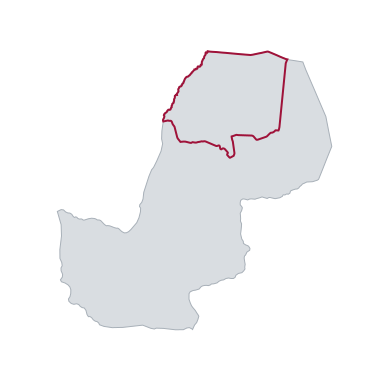 Paraguay, with Boquerón highlighted, rotated 79°
{"feature_id": "PRY-598", "entity_name": "Boquerón", "entity_type": "Department", "adm_level": 1, "iso_a3": "PRY", "parent_name": "Paraguay", "parent_adm1": "", "projection": "albers", "projection_center": [-61.074, -21.97], "detail": "fine", "context": "in_parent", "style": "outline", "palette": "rose", "viewbox_px": 384, "rotation_deg": 79, "n_neighbors": 0, "source": "natural_earth", "source_scale": "10m", "svg_char_len": 6694}
<svg xmlns="http://www.w3.org/2000/svg" viewBox="0 0 384 384"><g transform="rotate(79 192 192)"><path d="M204.1,77.5L204.8,80.0L205.2,82.0L206.3,83.4L207.3,85.3L208.4,86.4L209.1,88.1L208.9,90.1L209.2,92.6L209.7,94.9L210.3,95.4L211.8,96.1L212.6,98.1L212.0,99.1L212.2,100.2L212.7,101.4L212.2,102.5L212.4,103.3L213.5,104.1L214.4,106.9L214.4,111.7L213.3,114.2L212.3,116.3L212.1,117.6L212.7,119.4L211.6,121.6L210.2,124.2L210.5,126.1L210.7,127.9L210.8,129.7L211.1,131.5L210.6,133.3L210.1,134.9L209.9,136.8L210.4,138.9L209.4,140.8L208.8,142.2L208.5,143.6L209.5,145.8L211.9,146.8L213.9,147.1L215.7,146.0L217.1,145.6L219.7,146.8L222.0,148.7L225.0,149.0L227.7,149.4L229.7,150.0L232.7,149.4L235.8,150.2L239.4,151.3L242.4,152.3L245.4,152.2L247.7,152.1L250.1,151.1L252.3,151.3L254.1,149.5L255.1,147.9L256.0,146.8L258.5,145.9L260.2,146.5L261.5,149.6L264.0,151.4L264.9,152.7L266.7,153.4L270.6,153.6L273.1,153.6L275.9,154.6L277.7,154.7L279.3,156.3L280.7,158.4L280.8,162.0L282.1,164.8L283.9,165.9L284.8,167.7L284.4,170.1L283.4,172.5L283.4,175.2L284.3,177.7L284.2,180.1L284.8,182.6L286.0,184.7L286.3,188.1L286.0,190.5L286.8,191.9L287.0,193.9L286.4,195.5L286.1,197.7L286.2,199.7L286.8,201.3L288.6,203.5L289.0,207.2L288.9,209.8L289.6,212.8L291.2,214.3L293.7,214.8L296.7,215.4L300.3,214.9L303.5,214.2L305.3,213.4L308.9,211.4L312.1,210.2L313.7,209.5L315.2,209.0L318.2,210.5L321.0,212.3L323.1,214.9L327.1,217.7L326.3,218.3L324.6,220.5L324.5,223.0L325.5,226.7L324.1,234.5L320.4,246.2L318.8,253.1L319.3,255.1L317.9,258.5L313.3,265.8L312.9,270.8L311.7,285.8L309.9,296.3L307.1,304.1L304.7,308.1L302.7,308.6L301.2,309.8L300.3,311.7L298.6,313.3L296.2,314.5L294.8,315.9L294.6,317.5L292.3,318.4L287.9,318.7L285.3,319.9L284.5,321.9L283.0,323.5L280.8,324.7L279.7,326.6L279.7,329.4L278.4,331.8L275.8,333.7L273.5,333.7L271.4,331.7L268.5,330.4L264.9,329.6L261.9,330.0L259.4,331.5L257.1,334.0L255.2,337.3L253.1,337.9L250.8,335.5L248.0,334.7L244.4,335.5L241.6,335.1L239.6,333.5L236.4,333.3L232.0,334.3L223.3,332.7L210.3,328.5L199.1,326.7L185.4,327.9L184.3,323.8L185.1,321.5L187.4,319.9L188.8,318.0L189.4,315.9L190.9,314.3L193.5,313.2L194.6,312.1L194.2,310.9L194.8,309.9L196.2,309.1L197.1,307.7L197.3,305.8L197.9,304.9L198.8,304.2L199.0,302.9L198.5,298.8L198.6,295.5L199.4,292.9L200.2,291.4L200.8,291.0L201.4,290.1L201.7,288.5L202.6,287.1L207.1,284.2L208.8,282.6L208.9,281.1L209.6,279.1L212.3,274.8L213.2,272.8L213.3,271.8L214.2,270.8L217.4,268.5L219.2,266.3L219.5,264.1L218.8,261.7L217.1,259.0L211.6,252.1L207.2,249.0L201.7,246.4L198.0,245.5L196.2,246.3L194.4,245.6L192.6,243.3L189.5,241.4L183.1,239.4L168.4,231.3L162.5,227.4L160.5,225.0L155.0,220.8L146.0,214.6L139.0,211.6L134.1,211.7L126.3,209.9L115.6,206.2L109.4,202.6L107.7,199.1L103.8,195.6L97.5,192.2L94.2,189.9L93.9,188.8L92.1,187.3L88.6,185.6L84.7,182.5L80.5,178.2L76.0,171.6L71.2,162.6L66.0,156.6L60.5,153.5L57.7,151.4L57.7,150.4L56.9,149.4L57.6,147.7L59.5,140.8L62.3,130.8L65.2,120.5L68.7,108.3L68.6,99.7L68.6,90.7L73.6,83.2L77.2,77.8L80.3,72.8L83.4,64.1L85.5,58.4L93.6,57.0L107.4,54.0L114.2,52.5L128.7,49.4L143.5,46.2L158.9,46.2L173.9,46.1L185.3,53.5L194.1,59.1L203.7,65.3L204.3,66.6L204.9,71.6L204.1,77.5Z" fill="#d9dde1" stroke="#a8b0b8" stroke-width="1"/><path d="M69.1,159.2L68.9,159.1L68.9,158.9L68.9,158.5L68.8,158.3L68.8,158.1L68.5,158.0L68.1,157.9L67.0,157.7L66.8,157.7L66.1,157.5L63.8,155.9L63.3,155.4L63.1,154.8L62.8,154.6L61.5,154.2L61.1,154.0L60.3,153.0L59.7,152.5L58.9,152.3L58.6,152.3L58.1,152.2L57.7,151.9L57.5,151.6L57.5,151.3L57.8,151.0L57.9,150.7L57.7,150.2L57.9,150.2L57.7,149.9L57.5,149.7L57.2,149.5L56.9,149.5L57.6,147.7L58.5,144.4L59.3,141.2L60.7,136.5L61.8,132.5L63.3,127.4L64.4,123.6L65.6,119.5L66.7,115.6L67.7,112.0L68.7,108.4L68.8,106.0L68.7,100.9L68.7,97.5L68.6,94.5L68.5,91.3L68.8,90.3L70.0,88.5L70.7,87.4L71.4,86.4L72.8,84.3L74.3,82.1L75.8,80.0L77.2,77.9L77.8,77.0L78.3,76.2L78.9,75.3L79.4,74.5L79.8,73.6L80.0,73.1L80.5,73.5L83.5,75.4L145.0,93.8L147.3,94.8L148.1,95.4L147.4,98.2L147.4,98.3L147.5,98.5L148.3,99.6L148.6,100.3L148.8,100.8L149.0,101.6L149.0,101.9L149.0,102.2L148.9,103.2L148.9,103.4L149.0,103.7L149.7,104.9L151.4,107.4L151.6,107.7L151.9,108.5L153.2,117.5L153.2,117.8L153.1,118.1L153.1,118.4L153.0,118.5L152.9,118.7L152.8,118.8L152.7,119.0L149.3,120.9L148.8,121.3L148.4,121.8L148.2,122.2L148.0,122.5L145.0,135.7L144.5,137.1L144.4,137.5L144.4,137.9L144.9,141.1L145.0,142.2L145.0,142.5L145.3,142.6L148.3,142.6L150.1,142.3L161.9,142.9L162.8,143.2L164.4,144.2L165.5,147.7L165.6,148.2L165.5,148.4L165.0,148.8L163.0,150.0L162.2,150.4L161.8,150.3L161.5,150.2L161.3,150.0L161.0,149.7L160.7,149.5L160.4,149.3L160.0,149.4L159.5,149.6L156.1,151.6L155.7,152.0L155.4,152.4L155.2,152.8L155.2,153.0L155.1,153.3L155.1,153.6L155.2,153.9L155.6,154.7L155.7,154.9L155.6,155.2L155.4,155.7L155.0,155.9L154.5,156.0L152.7,156.0L152.1,156.1L151.7,156.3L151.5,156.6L151.4,157.0L151.6,158.6L151.6,158.8L151.5,159.3L151.3,159.7L145.0,169.0L144.7,169.7L144.5,170.3L144.5,171.2L144.5,171.7L144.1,172.8L144.1,173.2L144.2,175.0L144.1,176.6L144.3,178.2L144.2,178.8L144.1,179.5L143.2,181.9L143.2,182.1L143.3,182.4L143.5,183.0L143.6,183.4L143.5,184.0L143.1,185.0L141.7,188.0L141.2,189.2L140.9,190.6L140.6,193.7L140.6,193.8L140.4,193.9L137.1,195.6L136.4,195.9L135.2,196.1L124.8,196.7L124.4,196.8L123.9,197.0L122.9,197.5L121.8,198.0L119.5,198.4L119.0,198.5L118.5,198.8L118.2,199.1L118.0,199.4L117.8,200.6L117.7,201.0L117.3,201.8L117.2,202.0L117.3,206.7L116.4,206.8L115.7,206.7L114.8,206.1L113.7,205.2L112.5,204.7L111.3,205.0L110.3,204.4L110.0,204.0L109.5,203.3L109.3,203.1L109.2,202.6L108.9,201.9L108.3,201.2L107.5,200.7L106.9,199.8L106.7,199.5L106.9,198.9L107.1,198.1L106.9,197.4L106.5,197.1L106.0,196.9L105.5,196.5L105.1,196.0L104.7,195.6L104.4,195.6L103.8,195.7L103.6,195.6L103.3,195.4L102.7,194.8L102.4,194.7L101.7,194.5L101.4,194.0L101.2,193.4L100.9,193.0L98.8,192.1L98.1,192.0L97.6,191.9L97.3,191.7L96.9,191.3L96.4,191.0L95.9,190.8L95.3,190.6L94.6,190.6L94.3,190.4L94.0,189.6L93.5,189.3L93.5,188.9L93.7,188.5L93.8,188.2L93.3,188.2L92.9,188.1L92.6,188.0L91.0,186.3L90.5,186.0L89.0,186.0L88.5,185.9L88.3,185.8L87.8,185.2L87.3,184.9L86.8,184.7L86.5,184.4L86.3,183.8L86.3,183.1L86.2,182.7L86.0,182.4L85.7,181.9L85.3,181.6L84.6,181.2L84.2,180.9L83.5,179.8L83.2,179.6L79.6,177.4L78.4,176.1L78.0,175.4L77.9,175.1L78.0,174.3L78.0,174.0L77.6,173.4L77.0,172.1L76.5,171.4L75.8,170.7L75.5,170.3L75.4,169.9L75.2,169.9L74.9,169.7L74.6,169.4L74.4,169.2L74.3,168.9L74.2,168.6L74.0,168.3L73.2,167.4L72.9,167.0L72.8,166.6L72.6,166.3L72.2,166.2L72.4,165.1L71.8,164.8L71.8,164.3L72.0,163.5L71.8,163.2L71.7,163.1L71.1,163.0L70.3,162.7L69.9,162.3L69.9,161.9L70.3,161.2L70.5,160.6L70.3,160.0L69.5,159.2L69.4,159.1L69.1,159.2Z" fill="none" stroke="#9f1239" stroke-width="2"/></g></svg>